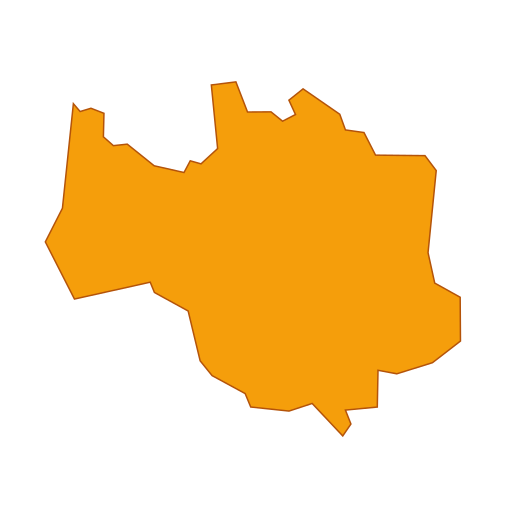 the border of Telšiai, rotated 275°
{"feature_id": "LTU-936", "entity_name": "Telšiai", "entity_type": "County", "adm_level": 1, "iso_a3": "LTU", "parent_name": "Lithuania", "parent_adm1": "", "projection": "mercator", "projection_center": [22.175, 56.01], "detail": "coarse", "context": "isolated", "style": "filled", "palette": "amber", "viewbox_px": 512, "rotation_deg": 275, "n_neighbors": 0, "source": "natural_earth", "source_scale": "10m", "svg_char_len": 760}
<svg xmlns="http://www.w3.org/2000/svg" viewBox="0 0 512 512"><g transform="rotate(275 256 256)"><path d="M251.7,44.9L286.7,59.0L391.8,60.8L384.6,68.2L388.8,78.7L384.9,92.1L361.4,93.6L353.5,104.3L356.2,118.0L337.0,146.7L332.9,177.0L345.1,182.2L343.0,193.2L359.7,208.4L422.5,196.6L427.7,220.8L398.7,235.0L400.9,258.4L392.6,270.7L400.4,283.0L414.1,275.2L426.6,288.3L404.5,327.1L389.4,334.1L388.4,352.8L366.9,366.3L370.7,415.6L356.8,428.1L274.3,427.1L244.6,436.4L232.7,463.0L189.1,467.1L165.1,441.1L150.9,406.5L152.8,387.5L116.1,390.0L110.3,358.5L96.9,365.2L84.3,358.1L114.0,324.8L104.4,302.4L105.1,263.9L118.0,257.2L133.0,222.7L146.7,209.5L195.3,193.2L210.8,158.0L220.7,152.9L197.3,78.9L251.7,44.9Z" fill="#f59e0b" stroke="#b45309" stroke-width="1.5"/></g></svg>